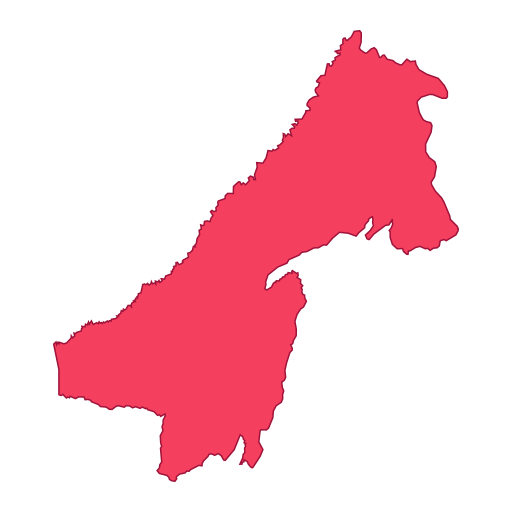 the district of Piedras, Tolima, Colombia
{"feature_id": "7082276B38653982306093", "entity_name": "Piedras", "entity_type": "district", "adm_level": 2, "iso_a3": "COL", "parent_name": "Colombia", "parent_adm1": "Tolima", "projection": "robinson", "projection_center": [-74.942, 4.491], "detail": "fine", "context": "isolated", "style": "filled", "palette": "rose", "viewbox_px": 512, "rotation_deg": 0, "n_neighbors": 0, "source": "geoboundaries", "source_scale": "gbopen_adm2", "svg_char_len": 6017}
<svg xmlns="http://www.w3.org/2000/svg" viewBox="0 0 512 512"><path d="M415.3,61.0L410.3,61.6L406.9,59.2L401.9,64.7L400.2,64.9L395.7,62.9L393.0,60.6L387.1,59.2L384.3,55.1L382.9,55.2L380.5,57.5L379.5,57.4L376.4,49.7L374.2,47.7L371.1,49.0L366.7,53.0L365.1,53.1L360.6,50.0L359.3,48.1L361.1,42.2L361.3,33.0L359.7,30.7L354.2,31.4L351.4,36.8L347.2,40.4L346.4,40.4L345.1,38.0L343.6,38.4L342.9,39.5L342.9,43.9L340.4,45.6L340.8,49.8L334.6,51.4L336.6,51.9L337.5,53.6L340.0,53.2L340.2,54.7L335.0,57.7L335.4,60.0L332.2,61.7L333.1,63.3L331.6,66.0L329.6,65.9L329.1,63.8L327.4,63.9L324.9,75.3L321.0,75.7L316.6,81.0L316.9,81.9L319.6,82.9L318.1,86.8L316.0,88.0L315.2,89.8L315.6,92.1L318.5,95.8L313.4,97.1L309.3,99.9L307.2,103.4L307.0,105.4L309.9,108.0L310.0,110.3L305.8,110.8L305.8,112.3L301.9,119.1L295.1,119.3L295.6,121.3L297.7,120.9L298.1,122.9L296.6,125.1L294.9,123.7L292.2,124.4L294.7,127.0L294.3,128.2L292.0,128.3L289.9,129.8L291.6,135.8L288.1,133.7L285.7,136.6L284.8,134.3L283.3,133.6L283.4,137.7L282.4,140.4L283.2,141.7L279.4,145.2L277.7,145.6L278.6,148.0L274.8,150.4L273.1,149.5L271.9,151.2L268.0,150.5L266.2,157.7L262.9,163.2L256.7,162.6L257.2,167.1L254.5,174.9L255.5,179.6L254.0,179.8L253.2,177.1L250.5,176.1L248.3,178.0L249.4,180.5L245.7,184.7L243.2,182.9L241.3,184.7L239.9,181.9L238.5,181.9L233.5,186.4L233.3,193.5L227.7,193.4L225.3,195.7L225.0,198.6L218.3,201.0L217.7,202.5L218.2,205.0L215.9,207.7L216.2,210.8L213.9,211.6L211.9,210.4L210.5,211.7L213.0,215.6L211.2,217.9L209.9,221.7L207.5,220.9L204.5,221.4L204.0,225.0L202.6,225.6L200.7,224.9L201.4,229.0L199.1,230.3L199.6,234.4L197.0,238.9L196.3,243.6L194.8,245.2L195.3,246.8L193.4,246.4L192.4,250.3L190.1,252.6L187.8,253.2L188.4,257.3L183.4,259.9L182.4,261.1L183.0,262.5L179.8,264.5L178.7,264.3L177.5,262.4L176.0,262.6L176.0,265.7L173.6,266.5L174.1,268.2L172.8,269.4L172.5,271.6L171.3,271.3L171.4,273.9L165.7,276.0L164.6,279.1L161.3,278.8L162.2,280.6L159.9,282.5L159.0,280.5L157.9,282.0L155.4,281.1L155.8,284.1L154.7,283.0L152.5,283.8L151.4,281.7L151.0,283.5L149.2,285.1L147.5,283.4L146.1,284.8L144.6,284.0L142.8,284.5L140.9,292.9L138.4,293.7L138.0,296.2L137.0,296.6L137.6,298.0L135.6,298.3L135.7,299.7L134.4,300.2L135.1,301.5L133.6,301.1L133.9,301.9L132.0,302.9L131.2,304.8L131.4,306.8L130.1,305.5L128.1,305.4L125.8,309.4L124.6,309.9L123.4,309.1L122.9,311.4L121.3,310.7L120.7,313.3L118.6,314.7L118.6,316.0L116.8,315.9L117.5,317.1L115.9,318.5L111.4,319.3L111.3,320.9L109.4,320.7L108.1,321.9L107.3,321.0L104.5,322.7L103.4,322.0L102.2,323.5L101.3,322.6L100.2,323.1L99.1,321.8L98.2,323.7L96.7,322.7L93.2,324.4L91.4,320.9L89.2,324.3L88.5,322.0L87.3,324.8L85.5,324.2L85.0,326.8L81.9,326.3L82.4,328.1L81.6,328.5L81.2,331.0L76.4,332.5L75.5,333.7L74.0,333.1L74.6,336.0L72.7,337.8L71.3,335.8L71.2,338.0L66.7,342.9L63.9,343.8L59.1,342.2L59.0,343.7L57.7,342.5L56.7,344.7L56.0,342.0L53.7,344.1L58.9,369.4L58.9,394.7L61.0,395.5L62.9,394.5L66.4,398.0L68.0,397.1L69.4,397.7L70.1,396.3L75.5,398.6L78.6,396.9L84.0,397.0L85.1,399.7L88.0,399.4L90.9,400.4L91.3,401.7L98.6,404.6L100.3,406.5L106.3,407.1L109.3,409.3L112.1,409.4L116.0,406.4L118.3,405.7L124.2,407.2L126.1,405.7L129.6,405.9L132.5,407.8L135.6,406.7L140.0,408.3L142.5,407.1L145.5,408.7L147.0,408.3L147.7,409.7L154.1,411.7L157.5,415.3L159.5,414.8L160.7,416.4L165.0,414.0L165.3,415.7L163.1,420.2L163.1,423.7L162.0,426.9L163.0,430.6L160.3,435.7L160.7,442.9L161.7,446.6L160.5,448.1L161.7,461.9L159.8,464.8L159.4,468.0L157.1,470.6L159.4,473.5L166.9,475.4L168.9,477.4L169.4,479.3L171.3,480.6L174.9,481.3L176.7,478.8L176.2,477.4L177.0,476.1L179.9,474.0L185.1,472.9L186.7,471.1L189.2,471.2L190.4,469.7L198.8,465.4L202.0,465.8L202.2,463.4L203.7,460.7L207.8,456.6L209.2,454.1L211.6,453.9L214.7,455.3L218.3,453.6L221.2,455.6L223.7,460.0L225.2,460.4L234.2,449.7L240.2,434.8L243.0,437.0L243.3,439.1L244.7,440.6L244.1,442.8L245.8,443.5L245.1,444.2L245.6,446.3L244.6,448.0L244.8,452.5L243.2,454.4L242.7,457.9L239.9,464.2L242.0,464.1L242.2,462.3L243.9,461.8L244.1,459.8L247.5,461.8L248.1,463.8L250.5,466.8L252.1,467.8L252.9,467.4L260.1,456.4L262.9,449.6L258.8,441.9L260.1,430.8L261.2,429.8L266.4,429.9L268.5,428.2L272.8,417.7L273.4,410.9L276.2,405.7L281.3,402.2L282.7,398.8L282.6,394.7L283.7,390.8L282.4,387.8L281.7,382.3L284.5,380.0L285.6,377.2L284.9,370.3L286.6,362.7L289.9,352.5L292.2,350.1L292.3,348.4L290.7,344.8L292.7,343.7L293.4,340.6L296.2,335.7L296.3,329.2L294.9,321.4L297.0,314.5L300.6,309.0L303.5,307.0L306.4,301.3L304.7,297.8L304.6,295.1L302.7,294.3L301.8,291.7L302.2,289.4L301.1,287.9L302.7,285.7L300.5,283.5L300.7,279.7L297.0,277.4L298.2,275.4L297.8,272.8L296.6,273.4L292.4,270.6L291.8,271.2L292.0,273.2L288.1,272.6L287.6,274.1L285.4,274.7L284.6,276.7L282.5,277.0L281.8,278.5L279.9,279.2L279.4,280.8L276.2,280.8L275.7,282.5L274.7,282.2L273.3,283.4L271.5,287.1L266.7,290.0L264.8,288.7L265.9,284.8L265.7,281.7L268.0,274.9L277.8,267.0L286.9,263.2L288.9,259.6L299.2,255.1L301.8,252.3L307.0,251.5L314.0,247.9L318.3,247.8L323.4,244.9L326.6,245.1L332.9,237.8L339.5,232.3L348.2,233.2L356.1,236.1L359.0,232.5L364.5,227.9L365.1,224.6L368.5,220.8L368.7,219.1L371.7,216.9L372.4,216.8L372.9,219.1L372.6,222.6L373.4,225.7L370.1,230.7L365.4,235.1L367.1,238.9L369.2,239.6L373.9,234.0L385.4,225.4L388.9,224.9L392.5,219.1L392.1,222.0L392.8,223.9L391.1,228.3L389.2,230.5L390.1,231.6L390.2,237.5L392.4,244.4L397.2,248.8L402.6,248.6L403.5,251.5L406.8,254.3L408.0,254.3L408.5,251.0L410.0,250.9L415.5,247.5L420.0,246.4L425.5,248.8L427.5,248.3L430.1,250.4L433.4,248.2L437.1,247.8L439.3,245.9L440.1,241.3L441.0,240.4L444.3,239.6L446.2,240.7L455.9,234.9L458.0,231.0L458.3,228.9L457.1,226.2L450.2,219.3L449.8,216.0L443.8,201.7L441.5,197.8L435.3,191.1L431.8,185.1L431.1,182.4L434.5,176.8L436.3,166.7L434.8,161.8L429.3,157.6L425.7,151.8L425.6,144.0L431.1,132.2L432.0,125.6L430.6,122.7L426.2,121.5L423.5,120.0L422.0,117.8L419.3,112.4L417.1,102.8L417.4,101.2L421.1,97.2L429.6,94.4L432.9,94.6L442.3,98.3L446.2,98.2L447.4,96.8L447.4,91.7L444.4,85.6L438.3,78.4L426.4,74.1L418.9,69.6L416.0,64.5L415.3,61.0Z" fill="#f43f5e" stroke="#9f1239" stroke-width="1.5"/></svg>